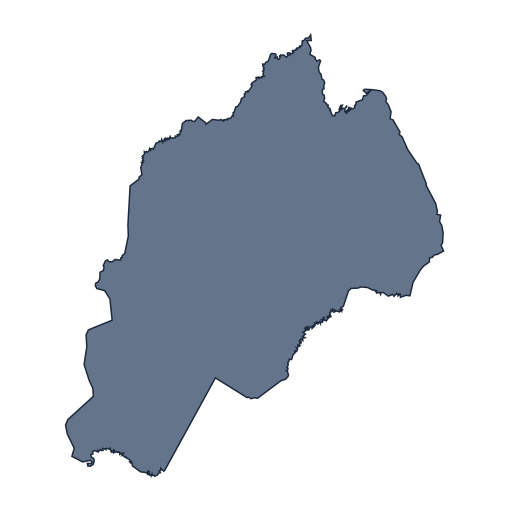 the district of Mamberamo Raya, Papua, Indonesia, rotated 91°
{"feature_id": "22746128B39960960221771", "entity_name": "Mamberamo Raya", "entity_type": "district", "adm_level": 2, "iso_a3": "IDN", "parent_name": "Indonesia", "parent_adm1": "Papua", "projection": "orthographic", "projection_center": [137.649, -2.444], "detail": "fine", "context": "isolated", "style": "filled", "palette": "slate", "viewbox_px": 512, "rotation_deg": 91, "n_neighbors": 0, "source": "geoboundaries", "source_scale": "gbopen_adm2", "svg_char_len": 6048}
<svg xmlns="http://www.w3.org/2000/svg" viewBox="0 0 512 512"><g transform="rotate(91 256 256)"><path d="M293.1,101.4L279.5,98.5L267.0,91.4L262.9,88.0L258.9,82.6L254.8,82.4L254.2,79.5L251.9,78.0L251.2,74.5L247.7,68.5L242.0,71.2L239.8,69.7L229.9,69.3L222.4,70.7L218.3,73.1L211.9,72.1L211.2,76.0L208.2,75.4L200.1,77.4L182.3,87.2L181.1,86.9L161.2,95.1L160.7,96.5L147.0,106.1L134.2,112.1L132.0,114.9L129.6,114.2L117.5,121.4L116.5,124.3L109.3,123.5L102.0,126.6L99.3,129.0L96.8,128.2L94.3,129.0L90.0,132.3L88.6,134.9L87.6,143.4L93.8,148.8L94.0,151.3L97.9,152.3L100.3,158.6L102.7,158.8L103.9,160.1L105.4,159.6L107.1,161.3L107.3,164.0L109.3,165.2L110.3,167.3L111.7,167.8L110.2,169.7L106.7,169.5L106.7,171.7L110.8,176.3L111.5,178.9L114.5,179.7L114.4,181.5L112.7,183.0L109.7,183.8L109.0,184.9L107.8,184.2L105.9,186.7L103.9,186.4L103.9,187.5L102.3,188.2L100.0,191.2L97.6,190.2L94.1,190.6L93.4,192.1L90.1,192.7L88.1,192.1L87.7,190.9L84.4,191.2L81.6,190.3L78.8,191.5L78.0,193.2L73.4,194.1L70.6,196.2L66.2,196.9L59.7,194.8L58.8,196.1L60.1,198.3L57.8,200.4L56.4,200.3L53.3,205.8L49.8,204.6L46.8,205.0L39.8,209.0L39.6,204.5L34.0,205.2L36.9,207.1L37.5,210.3L40.1,212.2L40.0,213.4L44.8,213.8L45.4,216.2L46.7,215.6L47.5,218.8L48.8,218.7L48.5,219.6L49.6,220.1L50.0,223.2L50.9,223.1L50.5,222.0L51.5,222.8L52.1,222.0L54.3,225.9L52.5,225.5L52.2,227.6L53.4,228.3L54.8,227.5L56.7,228.8L54.4,232.3L55.2,234.0L54.5,234.7L55.7,236.1L56.4,235.3L58.7,236.1L58.9,237.7L56.7,238.2L57.6,240.5L54.6,239.4L53.5,240.3L53.2,243.8L54.2,244.9L60.8,247.1L62.6,249.9L64.4,250.7L63.9,252.5L65.8,252.6L67.7,251.1L68.3,251.9L69.7,251.3L71.1,252.5L71.9,251.6L74.4,252.2L76.2,250.9L76.5,253.4L77.5,253.3L77.3,255.3L78.3,255.6L78.1,256.8L77.1,256.8L77.6,259.1L79.9,258.6L82.9,262.9L84.9,263.9L85.3,262.9L87.1,263.5L90.8,265.9L91.0,267.0L91.8,266.6L92.0,269.3L94.0,269.6L94.4,270.6L96.7,270.1L99.0,273.4L102.5,274.1L106.9,277.2L107.3,278.8L112.9,280.6L113.1,281.4L116.2,281.0L115.7,281.8L118.9,284.0L118.9,286.3L120.2,286.8L119.6,287.3L121.1,290.3L120.3,289.9L120.4,290.6L121.5,291.6L120.2,292.9L120.9,295.8L120.2,302.0L125.2,308.3L123.7,308.6L118.0,316.3L122.4,319.4L122.4,322.0L121.4,323.0L121.8,328.3L124.8,331.9L131.3,332.8L132.1,333.8L132.1,333.1L133.5,333.4L135.5,335.1L136.1,334.5L136.2,336.7L137.2,336.0L137.8,337.0L137.5,338.8L139.1,338.7L139.7,343.0L138.0,343.9L140.9,344.9L139.7,346.0L141.4,346.7L140.2,347.5L141.1,348.5L139.8,348.8L140.8,350.0L142.7,349.0L142.5,351.1L143.7,351.3L141.1,352.4L143.1,352.8L142.7,354.8L144.0,355.1L144.8,357.8L151.0,360.6L150.3,361.2L150.5,363.2L152.9,363.1L150.6,364.3L152.7,364.8L154.1,366.5L153.4,367.5L154.5,368.7L153.7,369.4L156.0,369.3L158.5,371.6L159.6,370.3L160.5,371.3L162.5,370.1L162.9,371.3L164.2,370.5L164.5,372.2L165.8,371.4L169.6,372.8L176.7,371.5L179.3,374.4L181.1,374.2L188.0,383.1L227.3,384.6L238.3,384.0L255.7,387.3L258.2,389.9L259.7,389.6L260.0,391.0L262.5,391.3L261.9,396.9L264.3,399.6L264.3,403.1L262.5,404.4L263.5,406.5L268.4,408.6L269.7,407.7L273.2,408.4L275.0,411.7L281.5,411.7L284.9,413.6L285.9,415.7L288.3,416.2L291.3,414.6L293.3,406.7L301.5,401.3L322.7,398.7L332.8,422.3L337.8,424.5L349.7,423.6L367.4,426.0L383.3,420.6L391.2,416.8L399.2,416.2L422.8,441.3L428.4,443.5L437.2,441.6L451.4,434.4L459.5,436.6L464.9,425.8L463.2,418.3L464.5,416.5L466.3,416.6L466.3,421.0L468.9,420.5L469.1,418.1L467.3,415.2L464.1,414.2L461.6,414.5L459.6,417.4L457.7,417.7L456.8,415.6L454.1,415.9L453.4,413.9L454.6,410.8L453.5,410.8L454.4,410.1L452.1,408.0L453.2,407.2L453.1,405.6L451.1,405.8L452.1,402.8L451.4,403.2L450.9,401.7L451.7,399.4L450.7,398.7L454.5,397.3L453.5,396.6L454.8,395.5L453.2,395.1L454.6,394.7L453.3,394.1L454.7,393.4L453.9,392.9L454.8,390.9L453.7,389.8L454.7,390.2L454.6,389.0L456.8,388.7L455.4,386.8L455.4,385.9L456.2,387.2L456.3,385.5L457.9,386.6L457.8,385.3L459.5,383.5L459.1,382.5L459.9,382.5L461.9,378.8L463.1,378.2L464.0,379.5L463.6,377.5L465.0,377.7L464.5,376.5L468.0,375.9L473.8,367.7L474.6,361.1L472.7,360.1L473.4,358.9L475.2,359.5L475.7,360.9L476.4,360.3L475.7,358.8L476.9,358.7L477.1,357.4L476.0,357.2L477.5,356.9L475.7,356.2L477.2,355.9L477.0,354.2L478.0,353.5L476.7,350.8L474.5,349.2L474.3,347.9L472.5,349.1L472.2,347.6L470.0,347.5L472.8,344.5L471.7,343.4L378.6,294.5L397.7,262.5L397.4,260.2L398.8,258.6L397.7,255.1L398.2,252.0L380.3,228.9L378.7,224.4L376.1,222.0L374.4,221.4L370.7,222.6L370.4,223.6L368.9,222.1L367.4,222.2L367.2,223.2L364.1,221.8L362.0,222.5L361.1,221.3L358.7,221.1L358.9,218.6L354.2,217.3L352.4,215.5L350.0,215.4L350.2,214.3L351.4,214.9L350.5,213.6L348.6,212.9L347.1,213.9L347.5,212.8L344.4,212.5L345.5,211.3L345.0,210.5L344.2,211.6L342.5,210.3L341.3,211.0L342.5,209.6L340.6,209.2L340.0,211.2L338.1,209.6L339.5,207.7L337.3,208.1L336.8,205.7L335.6,208.0L333.2,205.2L331.4,207.7L329.8,204.8L328.4,205.7L328.5,203.8L326.8,205.4L325.7,203.0L327.5,203.3L327.2,201.6L329.0,202.5L328.8,201.7L326.0,200.9L326.0,199.1L327.5,198.7L326.6,197.8L324.8,198.2L323.9,196.6L326.2,197.2L324.0,195.6L322.0,196.1L322.6,194.0L320.0,194.3L322.7,192.8L320.7,191.4L322.5,190.4L320.4,190.3L321.1,188.4L319.7,188.1L318.6,189.2L318.8,187.3L316.8,188.0L316.2,187.1L318.9,186.3L319.7,184.7L316.3,182.1L315.9,183.8L315.2,183.8L314.3,181.7L315.7,180.9L315.4,180.1L311.1,181.4L310.4,179.6L308.8,179.9L310.1,178.1L307.8,178.3L308.9,176.1L310.5,176.5L309.5,174.7L310.5,171.7L309.2,171.0L310.0,169.5L308.7,169.7L308.3,171.4L307.2,170.1L308.8,169.4L308.3,168.5L306.2,170.1L304.8,167.8L289.2,162.9L286.7,160.2L286.4,154.0L285.1,150.3L285.6,143.8L288.1,138.7L288.1,136.5L289.3,136.0L288.7,134.8L290.9,134.8L290.3,131.5L292.2,130.8L290.5,130.3L290.1,128.4L293.8,123.0L292.0,118.6L293.9,117.3L291.1,114.9L291.9,114.5L291.4,112.7L293.1,113.2L291.8,111.1L294.8,110.9L292.7,105.3L293.1,101.4ZM87.6,144.3L87.4,150.3L88.6,151.6L91.9,148.1L87.6,144.3ZM103.7,172.2L104.0,174.0L108.1,175.4L108.0,174.1L103.7,172.2ZM110.3,168.7L111.3,168.0L110.1,167.7L108.2,166.0L107.8,166.7L110.3,168.7ZM105.9,165.9L107.9,165.3L106.5,163.6L105.9,165.9ZM105.6,168.3L104.0,167.7L105.3,168.6L105.6,168.3Z" fill="#64748b" stroke="#1e293b" stroke-width="1.5"/></g></svg>